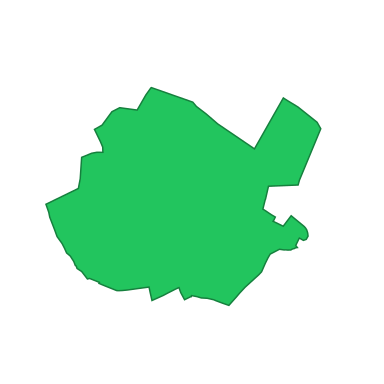 Katsina, Katsina, Nigeria, rotated 28°
{"feature_id": "59680162B91304502238334", "entity_name": "Katsina", "entity_type": "district", "adm_level": 2, "iso_a3": "NGA", "parent_name": "Nigeria", "parent_adm1": "Katsina", "projection": "mercator", "projection_center": [7.634, 13.019], "detail": "fine", "context": "isolated", "style": "filled", "palette": "green", "viewbox_px": 384, "rotation_deg": 28, "n_neighbors": 0, "source": "geoboundaries", "source_scale": "gbopen_adm2", "svg_char_len": 1550}
<svg xmlns="http://www.w3.org/2000/svg" viewBox="0 0 384 384"><g transform="rotate(28 192 192)"><path d="M68.8,271.4L75.1,277.2L78.2,281.0L88.5,289.9L93.8,294.7L101.5,298.5L105.8,301.5L109.9,304.7L114.6,305.7L120.3,308.9L123.5,311.7L124.5,311.7L126.4,313.5L131.9,314.0L140.5,317.9L142.2,316.4L152.7,315.3L152.8,316.4L159.8,315.7L171.8,314.4L173.5,313.6L176.7,311.7L181.2,308.7L189.9,302.4L198.7,296.1L202.1,300.2L207.6,306.6L215.2,296.8L217.9,292.8L221.2,288.1L222.8,285.8L224.7,283.3L225.4,282.5L227.3,284.3L229.4,286.2L236.0,290.6L240.2,284.8L240.5,284.7L240.2,283.7L242.7,282.9L245.7,282.0L249.9,281.2L255.3,278.7L261.9,276.9L263.8,276.8L271.4,275.8L277.8,274.8L279.7,266.9L280.4,264.1L281.5,259.0L283.6,251.1L289.8,233.8L290.9,229.8L290.2,220.7L290.0,214.3L290.2,210.1L292.9,206.2L296.1,201.5L300.3,200.0L302.1,199.0L303.6,198.4L306.5,196.8L307.0,195.8L307.7,194.9L308.9,193.9L309.7,192.6L311.1,191.6L308.7,190.5L308.4,183.8L308.4,182.3L313.1,182.4L315.1,180.2L315.2,176.5L313.4,173.9L311.1,171.6L309.2,170.5L307.4,169.8L290.7,166.4L288.6,179.4L277.3,179.8L277.5,178.5L277.3,175.0L272.7,174.8L262.6,173.8L260.2,164.2L260.3,163.9L256.8,151.0L282.4,136.0L281.3,131.1L276.0,75.7L269.7,71.7L253.7,68.7L245.7,67.2L233.6,66.5L228.5,66.1L226.9,124.6L182.7,119.8L167.7,116.4L155.7,114.4L150.5,112.3L107.1,118.9L106.8,119.5L105.7,127.9L105.1,145.4L88.6,151.5L83.6,158.7L81.2,175.2L76.5,182.5L87.6,190.6L92.1,194.3L94.7,198.8L89.2,201.7L85.2,204.9L78.3,213.2L87.1,232.8L90.0,242.2L68.8,271.4Z" fill="#22c55e" stroke="#15803d" stroke-width="1.5"/></g></svg>